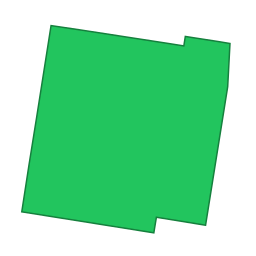 the district of Dallas, Iowa, United States of America, rotated 279°
{"feature_id": "52423323B12801539199166", "entity_name": "Dallas", "entity_type": "district", "adm_level": 2, "iso_a3": "USA", "parent_name": "United States of America", "parent_adm1": "Iowa", "projection": "natural_earth1", "projection_center": [-93.981, 41.683], "detail": "fine", "context": "isolated", "style": "filled", "palette": "green", "viewbox_px": 256, "rotation_deg": 279, "n_neighbors": 0, "source": "geoboundaries", "source_scale": "gbopen_adm2", "svg_char_len": 363}
<svg xmlns="http://www.w3.org/2000/svg" viewBox="0 0 256 256"><g transform="rotate(279 128 128)"><path d="M28.6,36.2L28.5,169.9L44.3,170.0L44.1,219.8L184.3,220.0L227.4,215.5L227.5,204.6L227.4,178.5L227.4,170.3L217.8,170.3L217.8,162.9L217.8,153.7L217.4,66.3L217.1,36.0L122.8,36.1L75.7,36.0L28.6,36.2Z" fill="#22c55e" stroke="#15803d" stroke-width="1.5"/></g></svg>